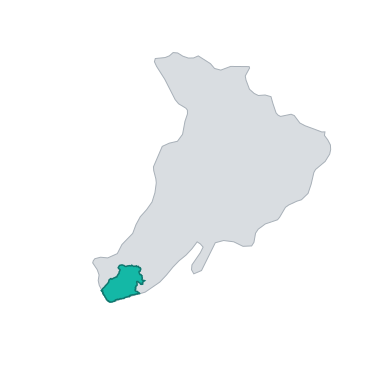 Salvaleón de Higüey, La Altagracia, Dominican Republic shown in context, rotated 121°
{"feature_id": "3306468B87904766376188", "entity_name": "Salvaleón de Higüey", "entity_type": "district", "adm_level": 2, "iso_a3": "DOM", "parent_name": "Dominican Republic", "parent_adm1": "La Altagracia", "projection": "natural_earth1", "projection_center": [-68.511, 18.662], "detail": "fine", "context": "in_parent", "style": "filled", "palette": "teal", "viewbox_px": 384, "rotation_deg": 121, "n_neighbors": 0, "source": "geoboundaries", "source_scale": "gbopen_adm2", "svg_char_len": 6110}
<svg xmlns="http://www.w3.org/2000/svg" viewBox="0 0 384 384"><g transform="rotate(121 192 192)"><path d="M72.1,256.7L72.5,242.2L74.5,236.3L72.7,230.1L64.5,223.6L59.5,215.1L55.1,207.6L56.1,206.5L65.1,206.1L68.2,203.4L74.3,195.7L75.5,189.5L75.1,184.8L71.2,179.3L69.6,173.4L74.5,168.2L80.9,160.7L81.8,157.8L81.6,155.0L74.3,147.1L73.8,143.7L77.3,135.1L77.0,129.4L73.7,111.7L72.0,109.0L75.3,107.6L77.5,102.3L80.4,97.6L84.2,95.0L88.6,93.5L97.2,93.6L109.1,97.7L112.5,97.6L123.9,93.9L133.4,91.8L142.3,94.2L145.9,97.4L153.3,102.4L157.0,104.0L168.7,103.9L171.8,104.4L181.6,112.7L189.8,116.1L194.6,116.3L203.2,113.0L207.5,113.1L212.3,120.3L213.2,130.6L217.3,139.9L223.5,145.9L254.4,143.4L261.2,148.3L258.9,152.4L254.5,154.5L239.9,153.6L233.5,154.1L232.2,158.1L232.1,161.9L240.7,162.8L249.1,164.6L257.7,167.7L266.4,169.7L276.2,171.1L285.8,173.2L302.0,180.6L319.8,197.3L324.5,201.1L327.7,206.4L326.2,212.8L319.8,223.4L316.2,226.8L311.0,228.9L307.4,233.2L303.9,240.6L301.8,241.2L299.2,240.9L295.0,236.8L291.9,230.3L283.3,224.3L273.1,225.0L258.0,221.5L248.9,223.2L239.8,223.6L230.5,221.8L221.1,221.1L211.7,223.4L202.6,227.3L199.3,229.8L193.4,235.8L190.3,238.0L168.2,241.0L161.8,236.6L156.0,230.6L147.4,229.8L135.1,234.4L127.4,236.1L124.2,238.1L123.3,240.4L123.3,248.9L121.5,254.0L109.4,273.4L102.6,287.0L99.7,291.3L96.5,292.2L90.6,284.3L86.9,281.5L82.2,280.0L80.2,275.9L80.3,269.9L79.1,264.2L76.3,259.7L72.1,256.7Z" fill="#d9dde1" stroke="#a8b0b8" stroke-width="1"/><path d="M284.0,201.7L285.0,202.4L285.1,202.6L285.1,202.9L285.4,203.1L285.5,203.2L285.9,203.8L285.8,204.3L285.8,204.6L285.8,205.7L285.8,206.0L286.0,206.1L286.5,206.1L286.8,206.2L287.1,206.9L287.4,207.8L287.9,208.2L288.3,208.9L288.7,209.2L289.0,209.5L289.3,209.8L289.6,209.9L289.7,210.0L289.9,210.4L290.1,210.8L290.2,211.1L290.2,211.8L290.0,212.5L290.2,212.9L290.5,214.4L292.0,216.1L292.4,216.3L294.4,216.3L294.9,216.3L295.1,216.0L295.5,215.0L295.5,214.0L295.6,213.7L296.2,213.4L298.1,213.3L299.3,212.7L299.5,212.6L299.8,212.7L300.3,212.9L300.7,212.9L302.9,212.9L303.6,212.7L303.7,212.8L304.0,213.4L305.1,214.0L306.1,214.8L306.6,215.1L307.1,215.3L308.0,215.8L308.1,216.1L308.0,216.5L307.9,216.8L308.0,216.9L308.1,217.1L308.9,217.4L309.5,217.5L310.1,217.8L310.9,217.5L311.6,217.4L312.3,217.0L312.5,217.0L313.0,217.2L313.9,217.2L314.5,217.4L315.3,217.5L315.8,217.7L316.6,217.8L317.2,218.0L318.4,218.0L319.5,218.4L320.0,218.5L320.5,218.7L322.4,218.8L323.1,219.1L323.2,218.8L323.2,218.6L323.4,218.5L323.4,218.3L323.5,218.2L323.5,217.9L323.4,217.8L323.6,217.8L323.6,217.7L323.8,217.5L323.8,216.6L324.0,216.4L324.2,216.5L324.3,216.5L324.5,216.3L324.8,216.2L324.9,215.9L325.1,215.9L325.1,215.7L325.1,215.4L325.3,215.3L325.3,215.0L325.5,214.6L325.7,214.4L325.8,214.4L325.8,214.2L325.9,213.6L326.0,213.6L326.3,213.2L326.6,212.7L326.9,212.3L327.0,212.2L327.0,211.9L327.2,211.5L327.3,211.4L327.4,211.2L327.5,210.8L327.6,210.7L327.7,210.4L327.9,210.4L328.3,209.9L328.3,209.6L328.4,209.2L328.5,208.9L328.5,208.7L328.7,208.4L328.6,208.2L328.7,207.9L328.6,208.0L328.4,208.0L328.3,207.7L328.7,207.6L328.8,207.8L328.8,207.6L328.8,207.3L328.8,207.2L328.8,206.7L328.7,206.5L328.7,206.4L328.5,206.1L328.7,205.8L328.5,205.6L328.5,205.4L328.3,205.2L328.2,205.0L328.2,204.8L328.0,204.6L327.6,204.1L327.5,203.9L327.3,203.7L327.2,203.6L326.8,203.4L326.5,203.1L326.3,203.1L326.2,203.0L325.9,202.8L325.8,202.7L325.6,202.5L325.6,202.3L325.4,202.3L325.3,202.2L325.2,202.2L324.9,202.0L324.8,201.8L324.7,201.7L324.5,201.9L324.4,202.1L324.1,202.1L323.9,202.0L323.5,201.7L323.4,201.6L323.3,201.3L323.0,201.1L322.9,201.0L322.6,200.9L322.5,200.7L322.3,200.6L322.2,200.1L321.8,199.4L321.7,199.4L321.5,199.2L321.3,199.2L320.9,198.9L320.7,198.6L320.4,198.6L320.3,198.4L320.2,198.3L320.1,198.2L320.1,197.7L319.8,197.4L319.7,197.4L319.5,197.2L319.3,196.9L319.2,196.8L319.1,196.7L318.8,196.4L318.7,196.2L318.6,195.9L318.3,195.7L318.2,195.5L317.8,195.6L317.5,195.5L317.5,195.4L317.2,195.3L317.0,195.1L316.8,195.0L316.7,194.9L316.4,194.5L316.1,194.3L316.0,194.2L315.9,194.2L315.6,193.9L315.4,193.7L315.2,193.4L314.9,193.2L314.5,192.7L314.4,192.6L314.2,192.4L314.1,192.2L314.1,191.9L313.9,191.8L313.9,191.7L313.7,191.6L313.5,191.8L313.5,192.0L313.4,192.1L313.1,192.2L312.9,192.1L312.8,191.9L312.7,191.9L312.6,191.6L312.3,191.6L312.1,191.5L312.0,191.4L311.9,191.3L312.0,191.2L311.9,191.1L311.7,191.0L311.7,190.9L311.3,190.5L311.1,190.4L311.0,190.2L310.8,189.9L310.6,189.9L310.5,189.6L310.2,189.2L310.0,188.9L309.8,188.8L309.8,188.7L309.5,188.5L309.5,188.4L309.3,188.2L309.2,188.0L309.0,187.9L308.9,187.8L308.8,187.7L308.7,187.6L308.5,187.4L308.2,187.4L307.8,186.9L307.7,186.6L307.7,186.4L307.4,186.3L307.3,186.2L307.2,186.3L307.1,186.2L306.9,186.0L306.8,185.9L306.7,186.0L306.5,185.8L306.4,185.8L306.3,185.7L306.6,185.7L306.6,185.8L306.7,185.7L306.5,185.3L306.4,185.2L306.3,184.9L306.1,184.7L306.0,184.9L305.8,185.4L305.8,185.6L305.9,186.0L305.9,186.3L305.5,186.9L305.5,187.3L305.5,188.1L305.8,188.5L305.9,188.8L305.9,189.5L305.8,189.8L305.4,190.3L304.8,190.5L304.2,190.2L303.9,190.3L303.6,190.9L303.4,191.3L303.0,191.3L302.6,191.1L302.3,191.2L301.8,191.7L301.6,191.7L301.3,191.4L300.6,191.1L300.0,191.1L299.8,191.2L299.3,191.7L298.7,192.0L298.3,192.4L297.9,192.7L297.7,193.1L297.2,193.2L296.9,192.9L296.7,192.5L296.6,192.2L296.7,191.7L296.9,191.1L296.9,189.6L297.3,189.0L297.5,188.5L297.4,188.2L297.1,187.6L296.6,187.0L296.3,186.8L296.1,186.8L296.0,187.6L295.9,187.7L295.6,187.8L295.2,187.8L294.7,187.6L294.2,187.7L293.7,187.4L293.2,187.3L292.4,186.9L292.5,187.5L293.1,188.8L293.1,189.1L293.0,189.3L292.6,190.0L291.8,190.1L291.4,190.3L291.2,190.4L290.5,191.2L289.6,191.6L289.7,192.0L289.6,192.4L289.2,192.9L289.1,193.2L289.2,193.5L289.4,193.9L289.5,194.1L289.3,194.5L288.8,195.1L288.6,195.5L288.4,195.8L288.0,196.1L287.6,196.4L287.4,196.4L287.1,196.4L287.0,196.2L286.8,195.8L286.6,195.7L286.1,195.9L285.4,196.0L285.0,196.1L284.4,196.2L284.2,196.6L283.9,196.9L283.8,197.3L283.6,197.5L283.7,197.8L284.0,198.1L284.0,198.6L284.0,198.8L283.6,199.2L283.4,199.6L283.4,199.8L283.6,200.1L283.8,200.3L284.1,200.5L284.4,200.8L284.4,201.0L284.0,201.7Z" fill="#14b8a6" stroke="#0f766e" stroke-width="1.5"/></g></svg>